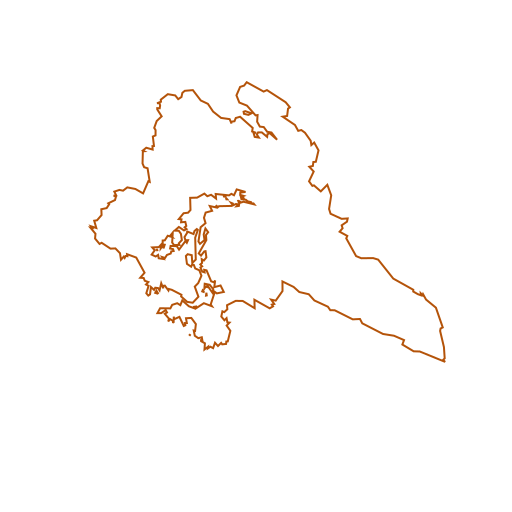 the district of Milford Lea-3, Donegal, Ireland, rotated 241°
{"feature_id": "5873133B66186119395880", "entity_name": "Milford Lea-3", "entity_type": "district", "adm_level": 2, "iso_a3": "IRL", "parent_name": "Ireland", "parent_adm1": "Donegal", "projection": "equal_earth", "projection_center": [-7.731, 55.125], "detail": "fine", "context": "isolated", "style": "outline", "palette": "amber", "viewbox_px": 512, "rotation_deg": 241, "n_neighbors": 0, "source": "geoboundaries", "source_scale": "gbopen_adm2", "svg_char_len": 6174}
<svg xmlns="http://www.w3.org/2000/svg" viewBox="0 0 512 512"><g transform="rotate(241 256 256)"><path d="M71.7,370.1L74.4,369.3L75.0,371.4L85.2,376.2L101.2,380.7L103.1,382.3L103.0,384.7L123.6,388.3L135.5,383.6L141.6,383.6L140.8,382.7L143.5,382.0L141.7,381.2L144.1,379.1L148.7,376.3L150.2,377.2L169.7,365.1L193.6,361.1L197.4,357.4L203.0,347.0L207.4,343.5L227.7,343.5L229.3,345.6L236.7,340.9L238.3,345.2L241.3,345.8L241.9,352.2L244.4,354.4L247.0,348.9L256.8,341.7L261.7,342.7L272.6,351.2L283.7,352.9L281.1,344.0L289.7,340.9L290.0,339.3L295.6,338.6L301.9,347.4L308.2,345.9L307.2,349.4L310.4,351.7L309.4,354.0L318.1,361.9L327.0,361.9L326.2,358.2L330.3,359.7L340.1,358.6L344.2,356.7L345.0,353.6L351.7,353.6L364.9,346.9L363.4,351.1L369.4,355.5L369.6,357.7L376.1,356.5L395.8,346.0L396.1,342.4L412.5,332.1L410.8,328.2L411.6,324.1L406.0,316.8L398.3,315.8L391.9,321.0L379.2,323.8L378.5,325.7L372.9,322.1L367.3,322.1L365.0,325.3L359.2,326.0L356.5,329.4L347.5,330.8L356.9,327.5L356.9,325.0L354.8,323.5L361.3,321.0L363.1,317.8L361.8,315.6L358.2,315.9L360.8,312.6L364.8,313.5L363.7,315.8L366.8,313.0L369.6,315.2L385.5,309.6L386.5,305.2L384.3,302.5L385.5,299.3L383.7,298.8L388.5,299.3L393.7,292.4L403.1,288.5L412.4,287.7L418.8,283.1L431.7,281.2L435.0,273.8L434.4,270.7L431.2,267.9L430.9,264.0L435.6,263.2L440.3,257.3L438.9,248.5L437.0,247.7L437.6,243.5L436.4,245.7L434.1,245.1L431.9,243.4L433.2,241.3L432.1,240.7L423.9,241.2L422.2,234.6L417.4,229.1L414.8,229.2L410.2,226.6L410.5,223.7L401.7,220.1L402.3,218.7L399.2,217.2L403.9,212.5L403.1,208.1L401.9,208.9L402.4,207.8L391.9,201.6L387.9,201.2L385.3,203.7L372.4,199.0L373.6,198.1L365.5,187.6L373.1,183.0L378.4,176.7L377.6,171.4L380.0,168.6L381.0,163.3L376.8,163.1L377.8,160.7L375.9,162.4L373.3,159.8L373.7,152.3L372.4,152.6L370.3,148.6L371.9,143.4L366.7,140.8L364.3,134.3L365.3,131.6L357.9,129.9L362.0,126.1L360.0,126.3L361.1,124.9L353.3,126.4L349.3,123.7L342.4,125.0L342.4,127.4L333.0,132.3L330.8,136.7L324.4,138.4L318.2,136.1L319.6,140.1L318.0,140.2L319.2,142.0L318.2,143.4L320.1,144.1L312.7,150.5L295.4,150.4L293.1,144.2L291.2,147.1L288.3,146.7L285.4,149.2L284.4,146.0L282.0,147.6L276.6,142.0L273.6,142.6L273.8,144.7L279.8,149.1L275.8,150.4L277.1,152.5L275.4,154.8L272.7,155.0L278.1,159.9L272.7,159.2L274.9,160.4L274.3,161.9L268.3,162.7L269.4,163.8L267.2,166.0L258.2,172.0L256.9,170.9L249.2,173.6L245.8,178.0L248.3,185.9L258.9,187.6L260.3,192.3L265.2,198.7L271.0,199.5L274.6,196.8L278.3,197.3L279.5,196.0L278.1,194.1L282.6,191.8L290.0,194.7L290.7,197.1L287.9,200.2L280.8,196.9L282.1,201.6L301.5,211.7L307.0,217.8L308.3,217.3L307.7,214.3L305.5,212.0L311.3,207.3L310.0,207.6L307.2,202.6L304.0,201.9L302.8,204.2L301.1,201.9L303.3,201.6L298.9,191.8L303.0,191.5L306.2,186.2L304.2,184.5L302.2,186.8L300.3,186.4L301.1,184.1L299.5,182.6L300.1,178.6L298.4,175.5L300.5,173.5L298.1,173.8L301.2,169.8L304.4,170.9L304.2,168.0L307.8,165.4L310.1,170.2L313.8,169.4L310.9,175.3L311.9,178.3L308.8,176.3L310.2,179.3L314.8,181.9L313.9,183.8L316.5,188.6L313.3,191.8L315.5,191.2L316.8,194.5L308.4,189.2L305.3,189.6L302.8,194.4L304.5,194.6L305.9,198.9L311.8,201.1L315.5,200.7L317.6,197.2L318.8,202.6L313.3,205.4L313.2,208.3L315.7,207.5L316.1,209.6L320.1,210.7L321.8,206.8L324.2,208.6L325.7,206.4L328.5,213.4L326.8,217.6L328.0,221.0L338.8,226.6L335.6,232.8L335.6,241.1L331.9,242.4L331.3,246.4L325.6,248.9L329.8,250.8L322.1,261.8L322.3,264.6L319.8,266.2L323.6,271.4L317.1,277.9L319.1,273.0L317.1,271.8L314.5,274.4L314.7,272.0L314.4,273.2L313.3,273.2L314.9,271.4L312.7,270.8L310.2,274.3L307.8,275.3L305.5,277.8L303.6,278.0L303.2,279.3L302.0,279.5L309.5,271.4L310.4,267.1L308.1,265.3L308.9,263.2L309.7,265.6L311.2,263.7L311.6,259.0L317.5,247.8L317.0,245.6L322.1,239.8L316.8,239.5L318.4,233.0L314.6,229.0L309.2,227.8L308.0,221.5L296.6,212.7L293.8,212.9L294.9,218.7L300.2,220.7L304.6,225.1L300.0,225.7L298.6,222.4L294.0,220.3L286.0,207.2L283.0,208.1L285.1,213.0L284.7,214.2L278.8,211.9L277.3,208.2L279.5,207.0L276.1,205.5L275.6,203.2L273.1,203.9L272.9,201.8L268.4,201.4L266.6,203.1L269.0,204.0L267.4,205.8L255.6,204.5L253.4,206.5L254.4,208.4L249.0,204.4L247.4,210.7L240.2,210.4L242.3,203.6L244.6,202.6L235.6,192.9L233.4,193.1L240.0,187.5L239.3,177.6L240.7,177.4L240.5,180.1L241.6,177.1L240.3,176.6L244.6,172.9L252.9,170.0L249.7,166.0L252.9,164.2L253.9,159.0L251.7,155.7L256.8,146.8L253.8,142.1L252.0,145.4L252.5,150.8L249.8,150.8L249.7,148.2L243.4,149.5L241.3,147.5L242.4,150.3L238.8,152.3L242.8,154.7L240.4,153.8L239.9,159.5L229.8,158.9L229.7,160.6L231.8,161.3L230.9,163.0L235.5,164.6L233.2,169.4L225.6,170.4L220.0,166.4L221.0,165.4L215.9,163.8L212.1,165.7L211.2,169.2L207.7,168.0L208.8,167.0L208.1,166.7L204.4,169.0L199.2,165.6L199.9,170.1L198.5,169.1L198.8,172.1L196.2,173.8L200.0,178.1L195.7,179.1L196.9,183.4L195.1,183.6L193.6,187.2L195.6,188.6L195.0,189.9L203.0,197.3L209.4,196.6L210.6,200.5L211.8,198.8L215.9,200.1L215.1,197.2L219.9,196.3L223.9,199.8L222.3,201.0L223.3,205.1L227.0,206.8L226.6,216.5L223.1,222.6L211.0,229.5L218.5,233.4L203.6,242.6L203.7,246.5L205.8,246.3L205.2,248.7L210.5,248.1L207.4,251.6L212.5,262.2L220.9,266.8L210.7,273.9L203.5,276.4L197.0,283.6L188.8,285.5L176.8,294.3L172.6,294.7L170.4,298.5L153.7,309.9L150.5,316.4L145.6,316.3L126.2,329.3L119.4,338.0L110.7,344.7L107.6,341.1L96.2,347.7L93.1,352.9L71.7,370.1ZM254.3,199.1L245.0,200.1L247.6,202.5L253.2,201.6L256.6,197.7L252.5,195.0L253.5,197.1L252.2,198.6L254.3,199.1ZM386.2,314.4L383.1,317.8L383.0,321.3L387.9,316.8L388.2,315.1L386.2,314.4ZM307.5,178.8L310.1,181.6L311.1,180.2L307.5,178.8ZM272.6,150.0L270.9,151.6L271.0,152.2L274.0,152.1L272.6,150.0ZM247.9,194.8L245.6,193.1L245.4,193.8L247.9,194.8ZM323.6,256.8L322.0,258.8L323.9,256.9L323.6,256.8ZM311.4,268.3L312.6,267.6L312.8,267.2L311.7,267.0L311.4,268.3ZM251.8,192.7L251.1,191.8L249.9,192.8L250.1,193.0L251.8,192.7ZM219.1,159.7L218.0,160.3L220.0,159.5L219.1,159.7ZM319.9,257.6L319.5,258.3L321.4,257.9L319.9,257.6ZM308.7,172.5L310.5,172.4L308.2,172.2L308.7,172.5ZM314.6,260.0L313.0,260.2L312.4,261.1L313.1,261.2L314.6,260.0ZM238.9,151.6L237.6,150.9L238.4,151.9L238.9,151.6ZM317.8,246.2L319.0,245.8L318.9,245.3L317.8,246.2ZM245.5,201.6L245.4,201.3L244.1,201.4L245.5,201.6Z" fill="none" stroke="#b45309" stroke-width="2"/></g></svg>